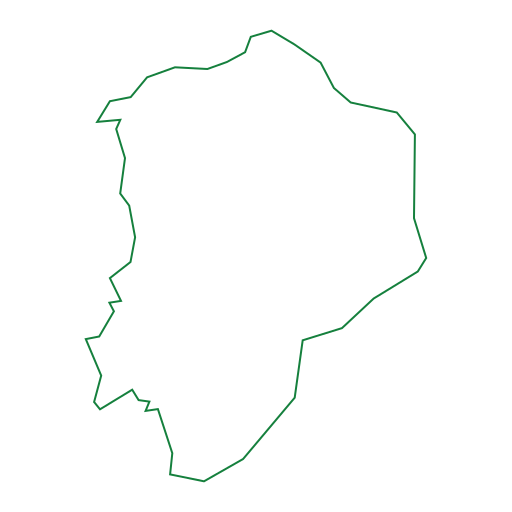 the district of Oslomej, Oslomej, North Macedonia
{"feature_id": "65306769B21440943325425", "entity_name": "Oslomej", "entity_type": "district", "adm_level": 2, "iso_a3": "MKD", "parent_name": "North Macedonia", "parent_adm1": "Oslomej", "projection": "robinson", "projection_center": [21.017, 41.59], "detail": "fine", "context": "isolated", "style": "outline", "palette": "green", "viewbox_px": 512, "rotation_deg": 0, "n_neighbors": 0, "source": "geoboundaries", "source_scale": "gbopen_adm2", "svg_char_len": 700}
<svg xmlns="http://www.w3.org/2000/svg" viewBox="0 0 512 512"><path d="M417.8,271.5L426.2,258.0L414.0,218.2L414.9,134.4L396.8,112.5L350.7,102.5L333.9,88.0L320.6,62.6L294.4,44.4L271.5,30.7L250.8,36.8L245.1,52.2L226.9,62.0L207.4,69.0L175.0,67.3L147.1,77.3L130.7,97.1L109.9,101.2L97.2,121.9L120.3,119.8L116.2,129.0L125.0,158.1L120.2,193.5L129.2,205.6L135.1,237.3L130.5,262.0L109.9,278.1L121.0,300.9L109.4,302.7L113.9,311.3L99.2,336.5L85.8,339.1L101.2,375.6L94.1,402.0L100.0,409.3L132.2,389.7L138.6,400.1L149.4,401.6L145.6,410.9L157.9,409.1L172.3,453.2L170.1,474.4L204.0,481.3L243.1,459.0L294.7,397.7L302.7,340.3L342.0,328.1L373.7,298.5L417.8,271.5Z" fill="none" stroke="#15803d" stroke-width="2"/></svg>